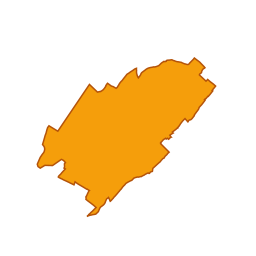 outline of Tatarasti, Bacau, Romania, rotated 59°
{"feature_id": "2599482B37830949265025", "entity_name": "Tatarasti", "entity_type": "district", "adm_level": 2, "iso_a3": "ROU", "parent_name": "Romania", "parent_adm1": "Bacau", "projection": "robinson", "projection_center": [27.206, 46.232], "detail": "fine", "context": "isolated", "style": "filled", "palette": "amber", "viewbox_px": 256, "rotation_deg": 59, "n_neighbors": 0, "source": "geoboundaries", "source_scale": "gbopen_adm2", "svg_char_len": 5751}
<svg xmlns="http://www.w3.org/2000/svg" viewBox="0 0 256 256"><g transform="rotate(59 128 128)"><path d="M117.2,218.5L121.3,212.0L120.6,201.4L120.7,201.1L122.6,200.0L123.9,199.7L125.0,199.5L125.5,199.5L125.5,199.9L125.8,200.6L126.0,201.0L126.8,201.4L128.5,202.3L128.9,202.7L129.4,203.5L130.8,202.8L131.5,205.2L132.3,207.9L132.8,209.2L133.3,211.4L133.6,212.3L134.1,213.0L134.9,212.7L135.8,212.1L136.6,211.7L137.8,210.8L138.7,210.3L139.7,209.7L140.5,209.1L142.4,207.8L143.2,207.3L144.0,206.7L145.2,206.0L146.3,205.3L147.6,204.4L147.8,204.3L148.9,203.6L148.6,203.2L146.9,201.1L148.4,200.5L150.4,199.6L155.9,196.6L159.2,194.9L159.3,194.5L160.1,194.2L161.6,193.4L161.6,193.6L161.8,193.9L163.3,196.3L164.1,197.4L165.2,199.0L165.3,199.2L165.2,199.3L165.4,199.6L166.8,200.2L167.1,200.4L167.5,200.8L170.0,199.9L173.4,198.5L176.5,197.3L179.7,196.3L179.8,196.8L180.0,197.6L180.2,198.1L180.2,198.6L180.5,199.5L180.9,201.1L181.2,202.4L181.2,202.9L181.5,203.8L181.6,204.3L181.8,205.1L182.0,205.9L181.9,206.2L182.3,206.8L182.4,207.1L182.4,207.7L182.6,208.3L182.7,208.7L182.8,208.1L182.8,207.4L182.9,206.8L183.3,205.2L183.7,204.3L183.9,203.6L184.1,202.9L184.7,201.5L185.2,199.9L184.5,196.8L184.4,196.4L184.2,196.2L183.5,195.3L182.9,194.4L182.1,193.3L181.9,192.8L181.7,192.3L181.6,191.6L181.5,190.2L181.4,189.6L181.3,188.6L181.2,188.3L180.8,187.1L180.5,186.6L180.3,186.2L179.0,184.6L178.1,183.3L177.9,183.0L177.8,182.8L177.7,182.3L177.7,181.4L177.5,180.5L180.0,180.7L180.8,180.9L181.7,181.0L181.7,180.7L181.5,180.2L181.4,179.5L180.9,178.0L180.6,176.8L180.2,176.0L180.0,175.3L179.6,173.7L179.4,173.1L179.1,172.2L178.8,171.3L178.7,170.9L178.1,169.4L177.7,168.0L177.5,167.6L177.1,166.5L176.9,165.5L176.4,164.3L176.2,163.8L175.9,163.2L175.6,162.3L175.5,161.8L175.3,161.4L175.3,161.0L175.1,160.2L175.0,159.9L174.8,159.4L174.4,158.3L174.4,156.9L174.4,155.3L174.5,154.5L174.5,153.9L174.6,152.7L174.7,152.4L174.7,152.1L174.8,151.8L174.7,151.2L174.5,150.6L174.4,150.2L174.2,149.4L174.1,149.2L174.0,148.7L174.2,148.0L174.2,147.5L174.3,147.1L174.5,146.6L174.6,146.2L174.8,145.3L175.4,144.5L175.6,144.0L176.0,142.7L176.1,142.4L176.2,142.1L176.5,141.7L176.5,141.0L176.5,139.8L176.6,139.2L176.7,138.7L176.6,137.3L176.6,136.8L176.7,135.8L176.7,134.9L176.8,134.5L177.0,133.9L177.1,133.7L177.3,133.6L177.8,133.4L177.9,133.1L177.9,132.9L177.8,132.7L177.7,132.4L177.4,131.8L177.3,131.4L177.3,131.1L177.4,130.8L177.6,130.2L177.7,129.9L177.7,129.6L177.7,129.4L177.5,129.2L177.0,128.8L175.6,127.7L175.4,127.4L175.3,127.0L174.4,122.6L174.2,121.7L173.7,119.1L173.6,118.3L173.5,117.7L172.8,116.1L172.6,115.2L172.3,114.4L172.2,114.0L172.2,113.5L172.3,113.2L172.4,112.8L171.9,111.8L171.5,111.1L171.3,110.6L170.8,108.2L170.6,107.8L170.4,107.5L170.2,106.9L170.1,105.9L169.9,105.2L158.2,108.1L158.0,107.6L157.8,107.4L157.3,107.5L157.2,107.2L157.0,105.9L156.5,104.8L156.4,104.0L156.2,103.1L156.2,101.1L157.1,101.0L157.2,100.9L157.1,100.3L157.1,99.8L157.1,99.4L158.5,99.1L158.5,98.5L158.3,98.3L158.2,98.1L158.3,97.7L158.2,97.4L158.1,97.1L158.0,96.7L157.9,96.4L157.8,96.0L158.0,95.7L157.1,95.8L155.7,95.9L155.6,94.0L155.6,91.9L155.4,92.0L154.3,92.1L154.1,90.1L153.9,88.1L153.5,85.8L153.6,85.3L153.2,85.2L153.2,84.9L153.0,84.3L152.8,83.6L151.9,81.7L151.4,80.8L150.6,78.7L150.3,78.1L149.6,75.5L149.3,74.3L153.6,73.5L153.5,73.2L153.0,72.4L152.8,71.8L152.8,71.6L152.8,71.0L153.2,70.1L153.2,69.7L153.0,68.5L152.8,67.9L152.4,66.9L151.6,64.8L151.2,64.7L150.9,64.2L149.5,60.9L148.9,59.3L148.7,58.9L148.2,57.8L147.9,57.4L147.1,56.5L146.9,56.1L146.6,55.1L145.9,52.6L145.5,51.7L145.4,51.3L143.9,47.7L143.1,47.9L142.8,46.8L143.1,46.7L142.9,45.9L142.0,43.3L142.3,43.2L142.3,42.9L141.9,41.8L141.7,41.2L141.6,40.8L139.9,36.3L139.2,36.6L139.0,36.0L138.4,34.7L138.0,33.4L137.2,31.3L134.0,32.3L132.6,32.9L131.9,33.1L131.7,33.3L130.9,33.6L127.4,34.7L127.5,35.0L127.7,35.6L127.9,36.5L128.0,37.0L119.3,39.5L118.9,39.1L118.7,38.8L118.5,36.9L118.4,36.5L118.2,36.4L117.7,35.9L117.4,35.6L116.9,35.0L116.5,34.1L116.1,33.1L116.1,32.7L116.1,31.9L116.0,31.0L114.5,31.2L111.1,32.0L108.4,32.6L102.2,35.1L102.8,36.6L104.1,41.7L104.6,43.0L104.6,43.3L104.5,43.7L104.5,43.9L104.3,44.2L104.0,44.6L103.5,45.1L102.8,45.7L102.2,46.4L100.2,47.9L99.9,48.1L99.3,48.4L98.9,48.8L98.5,49.3L97.6,50.3L97.1,50.9L96.6,51.6L96.2,52.0L95.7,52.5L94.7,53.3L94.1,53.7L93.6,54.3L92.6,54.9L92.2,55.2L91.9,55.6L91.5,56.6L91.1,57.6L90.8,58.1L90.0,59.7L90.1,59.9L90.1,60.3L90.2,60.7L90.5,60.9L90.4,61.3L90.2,61.3L90.1,62.1L89.8,62.6L89.4,62.9L89.5,65.3L89.6,66.2L90.1,68.2L90.3,69.1L90.4,69.6L90.3,69.9L90.1,71.2L89.7,72.9L89.5,73.4L89.3,73.9L88.8,74.6L88.7,74.9L88.5,75.6L88.4,75.9L87.8,77.4L87.6,77.9L87.5,78.4L87.4,78.7L87.1,79.8L87.0,80.9L87.0,82.2L87.2,83.8L87.4,85.8L87.6,87.5L87.7,88.0L88.3,89.1L88.7,89.6L88.9,89.8L89.3,90.6L90.3,93.3L89.6,93.3L87.9,93.1L85.7,92.5L85.0,92.2L83.9,91.6L83.5,91.3L83.2,91.1L82.9,90.9L82.6,90.8L82.3,90.7L81.7,90.3L81.2,90.0L81.0,91.0L80.9,92.1L81.1,93.8L81.2,97.3L81.4,99.3L81.4,100.5L81.4,101.1L81.6,101.8L82.1,102.8L82.2,103.3L82.9,105.0L83.1,105.7L84.3,108.6L84.4,108.9L84.4,109.3L84.5,109.7L84.6,110.0L84.7,110.3L85.2,111.7L85.6,112.6L86.3,113.7L87.2,115.6L87.6,116.2L87.7,116.6L87.7,117.3L87.8,117.8L85.4,119.1L85.0,119.3L84.5,119.7L83.9,120.3L83.6,120.6L82.4,121.1L79.1,122.5L79.4,123.4L79.6,123.8L79.8,124.1L80.1,125.0L80.6,125.4L80.8,125.6L80.8,125.8L81.1,126.3L81.4,126.6L81.5,127.1L81.9,128.0L82.3,129.2L82.5,130.0L82.6,131.5L82.6,132.1L82.7,132.6L82.4,132.8L82.3,133.2L81.5,135.7L70.8,138.6L94.6,189.8L85.4,194.6L85.9,195.7L86.1,196.5L88.1,198.8L90.3,201.0L91.6,202.7L95.0,206.3L98.2,209.8L99.3,209.6L100.5,209.5L101.5,209.6L102.6,210.0L103.4,210.4L105.0,211.9L105.7,213.1L106.5,215.2L108.0,218.4L112.3,224.4L114.7,225.0L117.2,223.9L117.2,218.5Z" fill="#f59e0b" stroke="#b45309" stroke-width="1.5"/></g></svg>